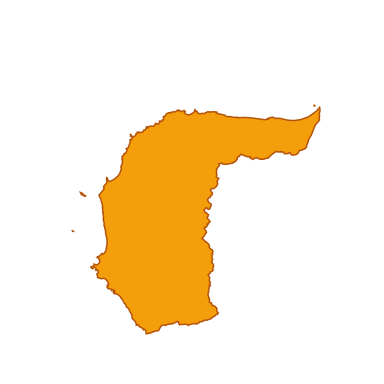 Sao Joao Baptista, Boa Vista, Cabo Verde, rotated 215°
{"feature_id": "66160863B76154481217824", "entity_name": "Sao Joao Baptista", "entity_type": "district", "adm_level": 2, "iso_a3": "CPV", "parent_name": "Cabo Verde", "parent_adm1": "Boa Vista", "projection": "orthographic", "projection_center": [-22.721, 16.095], "detail": "fine", "context": "isolated", "style": "filled", "palette": "amber", "viewbox_px": 384, "rotation_deg": 215, "n_neighbors": 0, "source": "geoboundaries", "source_scale": "gbopen_adm2", "svg_char_len": 6037}
<svg xmlns="http://www.w3.org/2000/svg" viewBox="0 0 384 384"><g transform="rotate(215 192 192)"><path d="M136.0,334.5L136.4,329.7L139.7,320.4L144.6,313.5L149.6,308.9L154.7,305.8L162.2,302.8L166.1,300.1L168.8,299.6L171.2,297.2L171.4,296.1L171.7,295.9L171.4,295.6L171.8,295.5L172.0,294.9L172.5,295.1L172.8,293.8L173.4,293.2L186.0,286.7L192.5,282.7L195.3,280.4L197.9,278.8L198.3,279.0L200.8,276.9L203.1,276.1L207.3,273.6L208.6,273.4L209.3,273.8L215.7,271.0L217.0,270.9L217.5,271.3L217.4,271.6L218.7,271.2L218.7,270.7L220.4,270.2L222.8,268.1L225.1,266.8L227.0,263.3L228.8,262.2L230.4,260.5L232.7,260.0L234.1,260.9L234.7,260.4L236.6,261.2L236.7,260.3L236.1,259.4L236.5,257.4L238.2,254.0L239.7,252.8L242.3,252.1L243.8,252.8L243.5,253.9L244.7,254.3L245.3,254.1L247.1,251.6L248.0,251.3L248.8,251.6L249.2,251.3L249.3,251.7L250.0,251.5L250.1,250.7L251.0,250.5L251.2,249.1L252.0,247.8L254.0,246.5L254.3,245.1L255.0,245.0L255.6,244.4L255.5,243.9L256.5,243.6L257.7,241.7L257.7,238.2L258.5,237.6L258.6,236.9L257.2,235.8L257.0,234.6L257.6,233.9L257.1,233.6L258.0,231.8L258.9,231.9L259.3,231.5L258.5,230.7L258.5,228.7L259.1,227.7L260.8,227.7L261.2,227.2L260.8,226.8L261.3,223.7L263.9,222.1L265.1,220.2L264.8,219.3L265.2,219.1L266.2,219.8L266.6,219.5L266.1,217.6L266.1,215.4L267.2,214.7L266.7,213.7L267.4,211.8L268.5,210.9L269.8,210.9L270.1,210.6L269.9,210.1L271.1,209.4L270.4,208.9L271.3,207.5L270.8,206.9L270.7,205.7L271.7,203.5L272.5,202.8L274.7,204.0L275.4,203.8L274.5,202.5L272.9,202.9L271.5,201.4L271.9,199.9L272.5,200.0L272.8,199.3L271.4,197.6L270.1,193.6L269.8,191.4L269.9,190.7L270.8,189.8L269.5,189.4L268.5,186.5L268.6,185.7L269.5,184.9L269.6,184.0L269.0,183.4L269.6,180.9L269.3,180.3L268.5,179.9L268.4,179.2L267.7,179.0L267.9,178.3L266.4,177.3L265.1,174.2L265.0,172.5L264.1,171.2L263.2,170.6L261.8,165.6L261.9,161.8L262.2,161.4L262.5,159.2L264.1,155.5L265.1,154.0L266.0,153.3L267.4,153.4L269.5,154.9L270.1,154.8L269.6,153.7L268.1,152.3L267.2,150.4L267.5,145.7L266.0,144.2L265.8,143.0L266.4,136.0L262.7,133.9L257.1,129.2L256.8,128.2L256.0,127.8L256.1,127.4L253.9,125.3L253.8,124.4L252.9,124.0L252.7,123.4L251.8,123.2L251.6,122.2L249.2,119.6L249.2,119.0L249.6,119.3L249.3,118.9L246.1,116.1L244.5,113.7L243.5,113.5L242.0,111.6L240.4,110.7L239.9,109.6L234.5,104.4L232.0,101.2L229.0,94.7L228.7,92.1L229.0,90.5L230.2,90.2L230.7,89.7L230.3,88.5L231.1,87.4L230.9,86.2L231.9,85.3L232.4,84.1L231.4,84.3L230.6,83.7L229.3,83.8L227.7,82.1L227.2,80.5L227.9,77.9L229.6,77.0L230.7,76.9L230.4,76.5L230.7,74.3L231.8,72.8L231.5,72.2L230.2,72.0L229.2,72.4L228.9,74.5L227.5,74.7L226.1,73.9L226.5,73.0L226.4,72.3L226.1,73.3L225.6,72.9L225.5,73.6L224.6,73.9L223.0,72.8L222.4,71.4L222.4,70.7L222.9,70.4L221.7,69.2L220.2,68.4L220.2,67.8L216.4,69.0L214.7,70.8L212.9,71.0L209.9,70.3L207.9,69.2L207.5,68.5L208.0,67.6L207.3,67.5L207.4,66.4L206.9,66.7L207.0,65.4L205.8,65.1L205.6,64.7L202.5,66.0L201.6,65.8L201.3,65.3L200.8,66.6L200.1,67.0L199.3,66.8L199.2,66.1L198.3,66.1L198.6,65.7L198.2,65.6L199.1,64.8L197.8,64.1L194.3,65.5L190.4,65.2L189.7,64.5L186.7,63.8L183.8,62.0L182.0,61.9L179.8,60.3L176.7,60.1L175.7,59.2L171.2,57.0L169.3,55.3L168.8,54.3L164.4,53.4L162.2,52.2L161.3,50.9L160.7,51.2L160.5,52.1L159.7,52.4L159.0,52.3L158.3,51.5L154.2,52.0L152.9,51.2L152.5,52.1L151.6,52.2L149.6,51.3L148.3,49.5L145.4,52.3L142.8,56.4L139.9,59.3L140.4,63.7L139.9,66.0L138.0,67.4L137.0,67.5L136.2,69.5L132.5,72.7L129.5,77.7L128.5,77.7L127.5,76.7L126.1,76.1L121.8,79.7L120.1,80.7L118.7,80.5L116.6,83.7L114.5,85.6L112.3,86.7L111.4,88.7L111.3,89.8L109.2,91.9L108.9,93.0L108.2,93.3L108.2,94.0L107.6,94.8L105.9,95.8L105.3,97.2L103.6,99.3L103.3,101.5L102.2,103.2L102.1,104.6L100.9,107.0L101.1,108.1L102.9,108.3L105.3,111.2L106.7,111.1L107.8,111.6L109.7,111.2L110.4,110.6L112.7,112.4L113.2,111.9L114.8,111.8L115.7,113.8L116.8,114.2L116.9,115.0L118.0,115.3L120.3,117.4L121.4,120.4L122.3,121.1L122.8,123.3L123.7,124.2L123.9,125.0L123.4,125.2L123.2,125.9L125.0,126.7L124.7,127.2L125.0,128.1L125.7,128.9L127.1,129.3L128.5,132.2L130.9,132.9L131.4,133.9L130.8,134.6L130.7,135.8L131.2,137.0L130.6,137.5L129.7,139.7L130.7,140.9L131.7,142.6L131.7,143.6L132.9,144.9L135.4,145.6L136.0,146.5L135.8,146.9L136.4,147.8L136.5,148.8L138.2,149.9L139.6,152.2L139.3,152.6L139.9,153.6L140.5,153.6L140.7,155.3L142.6,156.4L143.6,155.8L146.2,156.5L146.7,157.9L149.2,159.0L150.8,159.3L152.3,158.8L153.7,159.5L156.9,159.4L156.8,160.2L157.2,160.8L156.8,161.5L157.0,167.4L159.4,168.7L160.5,168.9L161.5,170.0L160.0,171.8L160.4,173.7L161.3,174.3L160.3,175.0L160.5,176.2L160.1,178.1L164.4,179.4L165.0,180.1L165.0,181.6L165.6,182.9L166.4,182.7L168.4,183.2L169.7,182.8L171.7,184.1L171.4,187.4L168.6,187.1L168.0,188.2L167.8,188.8L168.3,189.2L168.4,190.5L168.2,191.2L169.3,193.1L171.5,193.0L173.3,193.5L175.1,194.9L174.8,197.1L174.0,198.0L174.6,199.9L173.9,201.3L174.9,203.1L176.7,203.2L178.4,204.9L178.1,205.8L176.3,207.2L175.8,208.4L175.2,210.7L175.5,212.8L175.8,213.6L177.8,215.4L177.8,218.4L180.8,218.4L181.3,218.9L181.5,220.3L183.9,222.8L184.5,224.8L185.1,225.4L184.8,229.6L186.2,230.3L184.5,232.6L182.7,232.6L180.0,234.2L175.0,239.2L175.0,240.8L174.1,241.4L173.8,242.0L174.2,243.0L173.6,244.4L174.3,245.1L174.4,247.1L174.4,247.8L173.7,248.4L173.7,250.9L167.8,252.3L165.0,253.6L164.3,254.4L163.8,253.3L160.7,253.7L160.4,255.0L159.4,256.5L157.9,257.4L155.4,257.8L151.9,260.0L150.7,262.2L149.1,263.3L148.4,267.6L146.5,273.2L143.8,274.6L142.6,275.7L141.9,275.6L141.7,276.5L139.8,277.0L138.6,276.4L137.8,276.6L137.0,277.5L135.3,278.4L135.1,279.7L134.6,280.5L133.9,280.5L133.2,279.7L131.9,279.5L130.3,280.2L128.1,282.4L127.4,284.3L127.7,287.9L126.6,288.7L124.5,291.8L123.9,294.5L125.2,296.5L125.1,297.9L126.5,301.7L126.9,306.8L129.0,315.6L129.4,318.3L128.8,324.1L130.1,325.3L131.1,327.4L132.8,329.5L133.9,332.3L136.0,334.5ZM283.1,127.6L281.0,126.4L279.5,126.9L278.0,126.8L276.3,127.9L279.7,127.5L281.0,128.1L283.1,127.6ZM141.6,332.6L140.7,333.0L140.9,333.7L141.0,333.1L141.4,333.3L141.8,332.9L141.6,332.6ZM267.7,91.6L267.0,91.4L266.6,91.7L267.4,91.9L267.7,91.6Z" fill="#f59e0b" stroke="#b45309" stroke-width="1.5"/></g></svg>